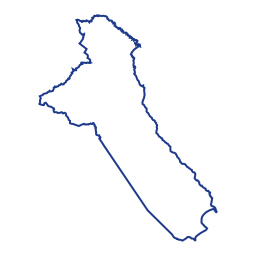 the district of Karonga, Karonga, Malawi
{"feature_id": "42251766B7861013170277", "entity_name": "Karonga", "entity_type": "district", "adm_level": 2, "iso_a3": "MWI", "parent_name": "Malawi", "parent_adm1": "Karonga", "projection": "orthographic", "projection_center": [33.891, -10.08], "detail": "fine", "context": "isolated", "style": "outline", "palette": "blue", "viewbox_px": 256, "rotation_deg": 0, "n_neighbors": 0, "source": "geoboundaries", "source_scale": "gbopen_adm2", "svg_char_len": 5656}
<svg xmlns="http://www.w3.org/2000/svg" viewBox="0 0 256 256"><path d="M147.7,210.4L172.0,234.4L173.9,237.3L175.0,238.0L176.2,238.4L176.7,239.0L177.2,239.0L177.6,238.8L178.6,239.7L180.8,239.8L182.2,240.6L182.9,240.4L186.5,238.1L187.2,237.2L188.9,236.9L189.5,237.0L189.9,237.5L190.6,237.6L191.6,238.5L192.4,238.5L193.5,238.9L194.9,240.3L195.3,240.3L195.4,239.2L195.1,238.4L195.6,237.2L196.5,236.1L200.5,233.1L206.0,230.0L207.1,228.5L206.1,227.3L204.6,226.4L203.9,225.3L202.4,223.9L201.5,222.7L201.6,218.7L202.1,216.9L202.9,215.5L204.9,213.3L206.5,212.0L209.2,210.5L212.5,209.2L213.9,209.0L214.3,209.4L214.7,210.5L216.1,212.2L216.4,212.2L216.6,211.8L216.1,211.2L216.2,210.8L215.7,210.2L215.8,209.4L215.6,209.0L215.3,209.0L215.2,208.0L214.8,207.9L214.5,207.2L213.8,206.9L213.6,206.6L212.9,206.2L212.2,206.3L211.4,205.7L210.9,204.6L211.6,202.0L211.6,201.0L212.0,199.7L212.0,198.6L212.2,198.2L211.6,197.9L211.5,197.3L211.0,196.9L210.6,196.2L210.3,196.2L210.2,195.3L209.7,194.9L209.5,194.1L209.8,193.6L209.6,193.3L210.1,192.9L210.1,192.5L208.8,191.7L208.4,190.9L207.7,191.1L206.1,190.3L205.8,190.0L205.6,188.7L203.2,187.4L202.0,186.2L201.9,185.7L200.8,185.7L199.7,184.5L199.3,183.7L199.3,182.7L198.5,181.2L197.6,180.3L197.0,180.6L196.3,180.3L194.6,178.3L195.4,174.3L194.6,172.5L193.6,172.4L192.8,172.0L192.0,170.9L191.8,169.9L190.6,169.4L189.5,168.4L188.9,168.2L188.4,167.5L186.8,166.6L186.3,165.5L185.7,165.1L185.3,164.4L184.1,163.9L182.3,163.9L181.4,163.2L180.9,162.3L180.2,162.0L179.8,160.2L178.8,158.4L177.2,156.9L176.7,155.3L176.0,154.4L175.8,153.7L174.7,152.9L172.8,152.5L170.7,151.3L170.4,150.3L170.4,146.7L169.1,145.7L167.9,143.9L167.0,143.6L165.9,142.5L165.5,142.5L163.3,140.3L162.5,140.1L162.2,138.4L161.3,138.2L160.0,136.9L159.1,136.5L157.6,134.0L156.4,133.1L156.3,131.7L157.1,128.6L156.7,126.8L157.2,125.3L156.2,123.8L156.1,122.9L155.1,122.0L154.7,120.6L152.9,119.9L152.3,119.2L151.9,117.9L149.9,116.2L148.0,112.9L147.0,112.2L146.5,111.4L146.7,109.0L146.4,108.2L145.3,107.4L144.1,105.1L142.7,104.2L142.4,102.7L143.1,100.0L144.0,98.0L144.6,94.8L144.1,90.1L144.5,87.9L143.8,87.6L143.5,86.8L143.2,86.7L143.2,85.5L141.9,86.1L141.3,85.6L140.6,85.5L139.8,84.5L138.5,80.7L137.7,80.2L137.3,79.5L136.0,75.9L134.2,73.9L134.3,73.4L134.9,73.1L134.8,71.2L134.2,70.2L134.2,69.7L135.3,67.4L134.9,66.4L134.6,66.3L133.7,67.5L133.2,67.7L134.0,66.8L133.4,65.3L133.8,62.6L133.4,60.3L133.9,59.6L134.3,58.1L132.6,56.5L132.3,55.9L132.2,55.9L132.1,56.4L131.5,55.3L131.5,54.1L131.0,54.0L131.8,52.4L134.1,49.6L138.0,46.7L139.5,46.1L140.1,46.4L139.9,44.7L138.7,44.2L138.2,45.2L137.9,45.4L137.7,45.3L137.7,44.7L137.2,44.7L136.6,44.0L136.3,44.4L136.3,43.9L135.6,44.2L135.0,43.4L135.0,43.2L135.6,43.5L136.8,42.7L136.8,41.9L137.5,41.1L137.4,40.7L136.2,40.0L135.4,40.3L134.8,39.7L134.0,40.4L133.9,39.3L133.4,39.2L132.6,39.5L133.0,38.7L131.9,38.4L132.0,37.7L131.0,36.8L130.4,37.0L130.3,37.8L129.7,37.8L129.7,37.2L130.1,36.6L130.0,36.1L129.5,35.7L128.5,35.9L128.4,35.3L127.8,35.2L127.8,34.9L127.4,34.6L127.6,34.2L127.3,33.5L127.0,33.4L126.8,33.9L126.4,34.1L126.5,33.2L126.2,32.7L125.6,32.9L124.8,32.5L123.9,32.8L123.4,32.8L123.1,31.1L122.6,30.9L122.2,31.1L122.3,30.1L122.0,29.7L121.1,30.3L120.5,28.6L120.0,29.0L119.6,28.2L118.7,28.7L118.5,28.1L117.7,28.3L117.4,27.6L115.6,26.6L115.5,25.6L114.6,25.7L114.6,24.5L115.0,23.4L114.8,22.9L114.1,22.5L113.2,23.3L112.9,22.5L112.2,22.2L112.1,21.1L111.7,20.7L110.9,20.5L109.8,20.7L108.9,20.4L108.3,19.0L107.3,18.7L107.2,17.2L105.7,16.1L104.8,16.2L103.5,15.8L101.3,16.0L100.5,15.8L99.9,15.9L98.6,15.4L98.2,16.2L97.0,15.9L96.7,15.4L95.5,16.1L94.4,15.8L94.0,16.1L93.6,17.3L92.4,17.7L93.0,18.6L92.0,19.3L91.5,20.0L91.7,21.2L91.4,21.4L90.9,20.8L90.4,20.8L89.4,22.4L88.7,21.4L86.5,20.4L85.9,21.3L85.2,21.0L84.1,21.1L83.1,20.9L82.9,21.6L81.9,21.9L81.4,21.0L80.4,21.1L78.5,19.9L77.1,19.7L76.4,20.0L77.0,20.8L77.1,22.5L78.6,24.4L79.2,26.5L80.1,28.0L80.1,28.7L79.5,30.1L80.0,32.5L82.1,34.6L83.3,34.4L84.1,34.0L84.0,35.1L83.2,35.7L83.5,37.0L83.1,37.5L82.8,39.2L81.5,40.9L81.0,41.8L79.5,43.5L86.6,49.0L84.5,52.6L86.0,53.6L87.8,55.3L87.9,56.4L87.5,58.0L89.2,58.9L90.1,59.9L90.2,60.7L89.9,61.2L90.4,61.9L89.8,62.7L90.3,62.9L89.8,63.1L87.1,62.5L86.5,63.0L85.9,63.1L84.7,62.7L81.6,62.6L81.5,62.8L82.0,63.0L82.6,63.7L82.5,64.0L81.9,64.1L81.1,63.7L81.1,64.4L79.7,65.2L78.7,67.1L77.7,67.6L76.8,68.4L76.2,68.3L75.7,69.0L76.0,70.2L74.5,70.2L72.9,69.2L73.5,71.1L73.3,71.5L72.5,71.8L72.2,72.6L71.8,72.7L72.2,73.5L71.1,74.5L70.8,75.5L70.0,76.2L69.5,77.4L69.6,78.6L69.4,78.8L68.9,78.6L68.6,78.9L68.2,78.7L67.7,79.9L66.3,80.6L65.9,82.1L64.1,83.3L63.7,84.3L62.4,84.5L61.3,83.7L59.9,85.1L59.1,85.1L58.1,86.3L57.3,86.6L56.9,86.5L55.6,87.2L55.0,86.6L54.8,87.0L53.7,87.7L53.7,89.1L52.7,91.0L50.3,91.5L49.5,90.8L48.9,91.7L47.7,92.1L47.4,92.7L46.9,93.1L43.6,93.9L42.6,95.1L39.8,96.2L40.8,98.5L40.0,100.1L40.1,102.6L39.4,103.9L39.9,104.3L42.2,104.9L43.7,105.1L44.0,104.8L44.2,103.5L45.2,102.8L45.9,102.8L48.3,106.1L51.3,106.9L52.8,107.9L53.8,108.3L54.2,109.3L53.5,110.0L53.9,111.7L54.3,112.2L56.5,112.2L57.6,112.9L58.4,112.9L59.5,112.9L61.8,112.2L63.0,113.4L64.6,112.8L65.8,113.4L66.1,115.5L68.1,117.7L68.7,119.8L70.0,120.9L70.0,123.1L70.3,123.4L72.0,123.9L72.8,123.9L78.8,126.0L83.0,124.1L84.0,123.9L84.7,124.5L85.7,124.3L86.3,124.5L87.1,124.3L88.1,124.5L88.7,124.1L89.3,124.2L90.5,123.5L91.3,123.9L92.1,124.0L92.7,123.2L93.6,123.1L94.1,124.4L94.8,125.1L94.5,125.6L95.0,126.7L95.7,126.9L95.9,127.2L95.9,128.0L95.5,128.1L95.4,128.5L95.8,129.4L95.9,131.5L96.3,132.2L96.0,133.5L96.4,134.7L96.8,135.0L98.1,135.3L98.4,135.6L99.2,135.4L99.5,136.2L100.4,137.3L100.4,137.8L100.2,138.1L99.5,138.1L99.3,138.5L105.2,147.5L147.7,210.4Z" fill="none" stroke="#1e3a8a" stroke-width="2"/></svg>